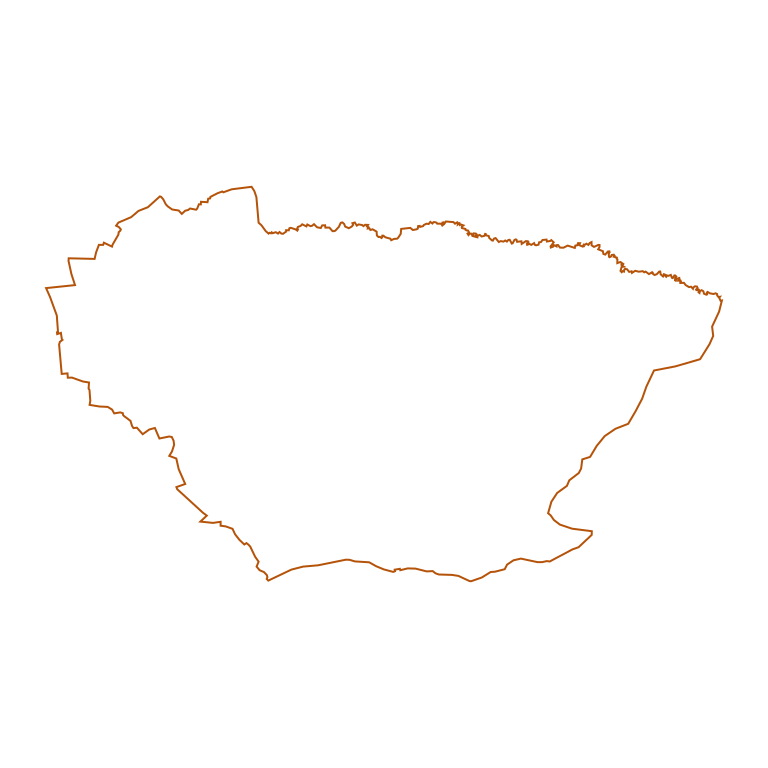 outline of Paleu, Bihor, Romania
{"feature_id": "2599482B55319195618022", "entity_name": "Paleu", "entity_type": "district", "adm_level": 2, "iso_a3": "ROU", "parent_name": "Romania", "parent_adm1": "Bihor", "projection": "equal_earth", "projection_center": [22.001, 47.102], "detail": "fine", "context": "isolated", "style": "outline", "palette": "amber", "viewbox_px": 768, "rotation_deg": 0, "n_neighbors": 0, "source": "geoboundaries", "source_scale": "gbopen_adm2", "svg_char_len": 6098}
<svg xmlns="http://www.w3.org/2000/svg" viewBox="0 0 768 768"><path d="M591.8,531.2L572.1,528.7L559.9,524.6L553.9,520.0L550.7,515.4L548.1,513.2L551.4,501.7L557.2,492.9L566.9,485.9L569.3,480.3L578.8,473.0L581.1,468.6L582.3,459.4L590.1,456.9L596.7,445.9L604.7,436.1L615.4,428.8L628.2,423.8L635.6,411.2L642.2,398.6L646.3,386.8L654.0,370.5L675.3,366.4L700.1,359.2L709.5,344.2L713.2,335.9L712.1,326.6L719.1,311.6L721.9,300.5L720.6,300.8L719.2,297.8L719.9,296.8L718.5,297.0L717.2,295.5L717.1,294.0L715.6,293.3L713.6,294.0L709.8,293.3L707.6,291.9L706.9,292.5L707.1,294.4L706.4,294.7L704.1,293.8L703.3,291.2L701.6,290.2L700.0,291.0L699.5,293.0L698.5,292.2L698.8,289.9L696.4,290.1L696.1,289.5L697.7,288.2L697.0,286.6L695.0,286.3L693.6,287.2L693.0,288.8L691.1,286.7L689.0,287.1L685.7,285.1L683.9,282.8L680.3,283.0L680.2,282.1L680.9,281.4L680.5,280.5L678.3,280.6L679.5,279.1L679.3,278.0L676.8,278.8L675.6,280.6L675.0,280.3L675.2,278.0L676.3,276.6L675.3,275.5L674.4,275.4L672.7,278.1L671.9,277.8L670.8,274.9L668.5,275.8L667.2,275.5L666.2,276.8L665.3,275.9L666.3,275.2L663.9,274.2L663.0,276.4L660.7,274.4L660.2,271.5L659.2,271.6L656.8,274.2L654.5,275.0L652.5,273.5L652.7,272.7L652.1,272.2L649.0,274.1L645.6,271.6L644.2,272.3L642.8,271.2L638.7,271.7L635.2,270.8L632.0,272.9L631.6,271.3L629.2,271.9L627.1,269.3L625.0,268.8L624.3,269.6L624.0,271.6L622.6,271.1L621.7,272.2L620.5,270.9L621.6,267.0L623.7,266.6L621.6,265.4L621.5,264.7L622.8,264.7L623.3,264.0L620.4,262.0L617.3,263.1L617.4,259.3L616.6,258.6L616.8,257.6L613.8,256.7L614.6,255.8L613.8,254.7L611.7,255.0L610.9,256.6L609.5,257.2L609.0,256.7L608.7,253.7L609.6,252.3L609.4,251.4L607.9,251.5L605.2,254.6L603.4,253.9L602.9,251.2L598.2,249.3L599.5,247.0L599.5,245.0L598.4,244.9L594.0,246.9L591.6,245.3L591.5,242.1L589.7,243.0L588.4,244.9L586.4,243.7L585.1,244.7L583.8,244.5L583.4,245.2L583.8,246.3L582.7,246.6L579.1,245.1L580.0,243.2L578.1,243.1L577.2,245.3L575.3,245.6L574.8,247.9L567.6,245.6L563.5,247.7L560.0,247.6L558.0,245.0L556.5,245.2L556.5,246.4L553.8,245.1L553.2,246.6L550.8,247.5L550.6,246.4L553.7,242.3L551.3,240.1L550.2,241.0L546.9,241.5L546.5,239.6L542.5,240.0L540.9,242.1L539.1,242.3L538.5,244.7L536.1,245.3L534.9,244.9L534.1,243.1L531.3,244.9L529.5,243.9L527.2,244.8L526.9,243.5L528.4,242.0L527.9,241.3L525.9,241.1L521.7,243.9L521.4,241.3L517.1,241.8L516.5,239.7L515.8,239.4L514.5,239.9L512.6,243.3L511.8,243.6L509.7,239.8L508.3,240.0L506.9,241.6L505.2,240.5L503.5,241.6L500.7,241.1L498.8,242.0L495.6,238.1L494.0,238.6L492.9,240.6L492.1,240.5L489.2,237.9L488.7,236.0L486.3,235.4L485.7,234.0L485.1,233.9L484.5,235.8L481.7,236.5L479.7,234.9L477.5,235.8L477.4,237.3L474.4,236.5L476.0,235.5L476.6,234.3L475.9,233.6L473.7,233.4L473.1,235.2L472.3,235.6L471.6,233.7L469.6,233.8L468.5,235.1L467.5,233.6L469.1,232.4L467.9,230.4L466.5,230.4L465.5,229.8L465.4,228.9L462.0,228.1L461.7,227.2L462.0,226.5L463.4,225.4L460.9,224.5L459.9,225.0L459.5,223.3L457.8,224.5L458.0,223.0L457.3,222.3L455.0,223.7L453.5,222.1L445.8,221.5L444.5,223.5L443.6,222.3L442.5,222.6L443.3,224.7L442.3,225.5L441.6,224.2L440.5,223.7L437.2,223.7L436.6,222.7L434.7,222.1L433.5,222.1L432.4,223.5L430.3,221.9L428.7,224.0L426.5,223.7L423.8,225.0L423.1,226.1L420.1,226.9L419.7,225.9L418.1,226.1L417.8,228.6L416.6,229.3L412.8,230.0L410.3,227.9L401.2,228.9L400.7,233.9L398.2,237.7L397.1,238.7L394.1,238.9L391.2,240.2L390.4,238.7L385.4,237.3L383.4,235.7L382.3,235.7L382.2,237.3L381.5,238.0L380.1,236.9L378.5,237.0L376.9,235.5L376.6,231.6L372.6,229.3L370.4,230.0L369.4,228.3L367.8,228.5L368.3,227.0L367.0,226.5L368.0,224.9L365.1,224.8L363.4,226.1L362.3,225.1L358.7,224.4L356.8,225.6L354.8,222.5L352.4,223.2L353.1,224.9L351.7,226.6L348.8,228.2L345.2,226.6L344.1,223.9L342.4,222.4L340.7,222.9L338.9,226.8L335.3,230.7L334.1,231.1L332.5,231.1L329.4,227.6L325.4,227.6L325.1,225.3L322.2,225.4L320.8,228.0L317.1,227.3L314.0,224.2L312.0,225.8L310.4,226.1L307.3,224.5L306.4,226.4L302.2,224.3L300.5,226.0L297.9,226.9L297.2,228.5L298.0,229.4L297.3,230.6L295.6,229.4L290.7,227.8L289.4,228.2L288.8,230.3L286.1,230.2L286.1,231.6L283.0,233.8L281.4,233.6L279.5,232.0L278.0,233.6L275.8,232.2L272.7,233.2L271.7,232.3L271.0,233.3L269.4,232.8L268.6,233.6L265.7,231.1L261.5,225.3L258.6,222.7L256.4,197.1L254.3,191.0L251.6,186.8L231.7,189.3L223.3,192.3L222.3,191.5L217.6,193.2L210.4,196.9L210.1,198.4L208.2,198.7L207.5,202.2L201.0,201.8L200.8,204.4L198.9,204.3L197.2,208.6L196.1,209.7L190.1,208.5L188.1,210.0L185.2,210.7L181.8,213.9L178.7,210.5L172.2,209.5L167.9,206.5L165.8,204.3L163.3,199.4L161.2,196.9L159.9,196.4L147.9,207.2L138.5,210.9L131.2,217.1L118.4,222.6L116.1,225.7L118.8,227.0L120.8,229.3L120.4,230.6L118.7,232.2L118.4,234.6L112.6,244.6L112.0,246.6L103.9,242.7L103.2,244.9L98.9,244.9L96.1,252.4L94.6,258.9L68.7,258.3L68.5,260.8L71.4,274.0L75.0,285.1L46.1,288.1L50.0,296.9L56.8,315.5L58.0,332.1L57.0,332.3L57.2,334.1L60.9,332.9L61.8,339.0L62.5,339.9L59.9,341.8L59.1,344.5L61.7,373.9L67.5,373.4L67.8,377.7L72.0,377.6L82.9,381.5L89.0,382.5L88.6,388.6L89.5,390.0L90.3,400.9L89.6,404.9L99.4,406.5L107.7,406.9L112.1,409.6L114.2,413.4L120.2,412.4L122.8,413.2L123.1,415.0L124.1,416.1L130.5,420.9L132.1,426.1L133.5,428.1L136.9,427.7L142.7,434.2L149.3,429.5L154.9,428.0L159.4,438.5L169.2,436.5L171.8,437.0L173.6,440.8L174.1,444.9L172.0,451.4L169.3,455.9L176.3,458.5L178.7,469.2L185.2,484.0L176.4,487.1L177.2,489.2L202.9,512.7L206.8,515.6L200.4,521.6L213.0,522.9L220.6,521.8L220.6,525.7L225.7,526.4L232.5,528.8L235.1,534.3L239.4,539.8L244.3,544.5L246.4,543.1L248.4,544.6L250.3,546.7L255.1,556.7L258.6,561.7L256.6,566.6L259.6,570.2L264.0,572.1L266.9,575.2L267.4,577.2L266.7,578.9L268.3,580.6L291.4,569.6L303.1,566.6L318.1,565.3L345.8,559.7L349.6,559.8L354.8,561.4L369.2,562.3L376.1,566.2L383.8,569.4L393.2,571.9L395.0,571.2L394.7,569.7L399.9,568.8L400.3,570.2L407.7,568.4L415.5,568.6L426.7,571.4L432.7,571.1L435.5,573.3L438.9,574.5L452.0,574.9L458.4,575.9L469.6,581.1L471.2,581.2L481.8,577.5L490.7,572.0L495.0,571.7L504.7,569.2L507.1,564.6L513.5,560.3L520.9,558.6L537.3,562.1L542.2,562.1L546.8,561.1L549.7,561.5L572.2,549.5L578.6,547.2L591.7,534.9L591.8,531.2Z" fill="none" stroke="#b45309" stroke-width="2"/></svg>